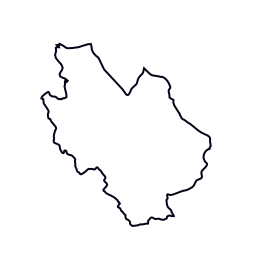 the border of Bago, rotated 167°
{"feature_id": "MMR-3268", "entity_name": "Bago", "entity_type": "Division", "adm_level": 1, "iso_a3": "MMR", "parent_name": "Myanmar", "parent_adm1": "", "projection": "orthographic", "projection_center": [96.396, 18.188], "detail": "fine", "context": "isolated", "style": "outline", "palette": "ink", "viewbox_px": 256, "rotation_deg": 167, "n_neighbors": 0, "source": "natural_earth", "source_scale": "10m", "svg_char_len": 5682}
<svg xmlns="http://www.w3.org/2000/svg" viewBox="0 0 256 256"><g transform="rotate(167 128 128)"><path d="M180.5,183.0L179.7,184.2L179.1,187.0L178.5,188.2L178.3,187.7L177.7,187.1L177.5,186.6L177.1,186.8L176.7,187.1L176.3,187.4L176.1,187.7L176.6,188.2L178.2,190.3L180.6,191.9L182.5,193.5L182.5,196.0L181.0,197.8L179.3,199.3L178.1,201.4L178.6,204.7L181.4,209.8L182.5,212.4L182.6,215.5L182.1,216.6L180.8,219.0L180.3,222.3L179.5,222.8L177.1,222.2L177.3,223.0L177.7,223.6L178.1,224.2L178.6,224.8L177.7,224.8L176.1,224.4L175.2,224.3L175.2,224.9L176.2,225.4L176.6,225.7L175.5,225.3L172.9,223.0L170.5,220.3L170.0,219.9L169.3,219.5L168.4,219.2L164.5,218.5L158.3,217.9L149.0,218.6L145.4,218.3L145.2,216.4L145.5,213.0L145.5,212.0L144.9,209.1L144.0,207.3L142.7,205.2L141.6,203.9L141.1,203.0L140.7,201.9L138.2,190.8L137.6,189.5L124.6,166.9L122.4,161.5L121.9,160.8L121.4,160.4L120.8,160.2L120.0,160.4L119.1,161.1L117.2,163.4L116.3,164.8L115.4,165.6L114.2,166.4L110.1,168.7L109.2,169.7L107.4,173.1L106.2,174.6L103.8,176.5L102.2,177.3L100.8,178.7L98.9,182.6L95.1,176.6L93.6,174.7L91.9,173.6L87.1,171.7L85.9,171.1L84.8,170.5L83.6,170.3L82.4,169.6L81.4,168.7L80.7,167.9L79.3,165.6L78.2,162.6L77.6,159.3L77.7,157.8L78.6,156.9L79.9,155.4L80.2,154.3L80.2,151.2L80.5,149.3L80.6,149.0L80.6,148.4L80.4,147.9L79.1,146.6L77.4,145.2L78.1,142.3L77.8,139.5L75.1,131.7L74.7,131.0L74.4,130.3L74.5,128.7L74.2,128.0L73.9,127.3L73.4,125.4L73.0,124.6L72.6,124.2L71.5,123.4L71.1,123.0L68.0,119.3L66.2,117.8L65.9,117.1L65.2,116.4L64.3,115.2L59.8,109.4L58.6,108.2L57.4,106.9L56.7,106.4L51.8,102.5L50.7,100.9L50.3,99.5L50.6,98.2L51.1,96.5L51.3,93.2L51.6,91.6L52.7,90.7L53.0,89.6L53.2,89.3L53.5,89.2L54.3,89.4L54.6,89.3L56.8,88.3L57.6,87.9L59.2,86.3L60.5,84.1L61.2,81.2L60.5,78.0L59.8,76.7L59.2,76.0L59.1,75.0L59.2,74.6L59.5,74.0L61.3,72.4L64.9,70.1L65.9,69.3L66.4,68.3L66.6,67.7L66.7,67.1L66.8,64.0L68.0,62.5L73.2,61.5L77.0,56.9L79.2,55.7L83.5,54.5L85.0,54.3L89.2,54.4L98.6,53.1L100.7,53.1L101.7,53.2L102.3,53.4L104.2,54.5L104.6,54.3L104.8,54.1L104.9,53.9L105.0,53.7L105.1,53.4L105.1,51.6L105.1,51.1L105.2,50.7L105.3,50.5L105.6,50.1L106.6,49.3L106.7,49.1L106.8,48.7L107.2,46.0L107.2,43.9L107.1,42.7L106.9,42.0L106.5,41.1L104.8,38.8L104.6,38.4L104.5,37.7L104.4,36.4L103.9,34.2L103.2,32.7L103.2,31.9L105.2,32.3L105.9,32.7L106.1,32.8L106.5,33.1L107.0,33.3L107.4,33.4L109.1,33.2L109.8,32.9L110.1,32.5L110.1,31.9L110.2,31.7L110.4,31.5L110.6,31.3L110.8,31.2L111.2,31.0L112.7,30.8L113.1,30.6L113.5,30.6L114.0,30.6L114.8,30.8L115.5,31.1L116.7,31.6L116.9,31.8L117.6,32.2L118.2,32.6L119.0,32.8L122.0,33.2L122.4,33.4L122.5,33.5L123.0,34.1L123.4,34.4L123.8,34.7L124.0,34.8L124.3,35.1L124.5,35.3L125.3,35.5L125.7,35.5L126.1,35.4L126.8,34.9L127.5,34.2L128.9,33.5L129.1,33.2L129.2,32.9L129.4,32.0L129.6,31.5L129.7,31.3L129.9,30.7L130.0,30.5L130.1,30.3L130.4,30.3L130.9,30.6L131.5,30.7L135.6,30.8L136.7,31.1L137.2,31.3L137.6,31.3L138.1,31.3L139.1,31.1L141.0,31.0L145.7,31.5L146.8,32.9L147.1,33.3L147.4,33.9L147.6,34.4L147.4,35.1L147.3,35.6L147.3,36.2L147.4,36.8L148.0,37.7L148.4,38.3L148.9,38.7L149.7,39.3L150.1,39.6L150.3,40.2L150.5,40.9L150.4,42.3L150.1,43.6L150.2,44.0L150.7,44.5L151.1,45.1L151.5,45.8L151.9,47.0L152.3,47.6L152.6,48.1L152.9,48.3L153.1,48.8L153.4,49.7L153.8,51.4L154.2,52.1L154.6,52.5L155.0,52.7L155.4,52.9L155.6,53.3L155.6,53.8L154.3,55.2L153.3,55.8L153.1,56.2L153.0,56.3L153.3,57.5L153.9,57.7L154.1,58.1L154.3,58.8L154.3,59.3L154.6,60.1L155.1,60.8L156.5,62.9L159.3,65.6L161.5,67.3L163.7,69.2L164.0,69.6L164.3,70.0L164.7,71.0L164.9,71.4L165.7,72.0L165.9,72.4L166.0,72.7L165.6,73.7L162.9,75.5L162.0,76.2L161.4,76.9L161.1,77.6L161.2,78.7L162.0,79.9L162.9,81.3L163.1,82.4L161.2,84.6L161.2,85.8L163.1,89.3L164.0,91.9L164.5,93.0L165.7,94.4L165.9,94.8L166.2,95.9L166.5,96.3L166.9,96.6L167.4,96.6L168.2,96.1L168.7,95.7L169.2,95.3L169.6,95.2L170.1,95.1L170.7,95.4L171.7,96.0L172.2,96.2L173.0,96.4L174.1,96.6L175.3,97.0L175.8,96.9L176.6,96.6L180.2,94.6L183.6,93.5L184.3,93.5L184.6,93.7L185.0,94.0L185.2,94.5L185.4,95.1L185.5,95.5L186.4,96.1L186.8,96.5L187.1,97.1L187.3,97.8L187.4,98.6L187.4,99.2L187.4,99.7L187.8,101.5L187.9,103.0L187.3,105.5L187.3,106.0L187.3,106.4L187.3,107.1L187.1,107.6L187.0,108.1L186.5,109.0L186.6,109.8L187.0,110.8L188.0,112.6L188.6,113.4L189.1,114.0L189.9,114.5L191.1,115.0L191.6,115.2L191.9,115.5L193.0,116.6L193.3,117.0L193.3,117.6L193.2,118.7L193.2,119.1L193.5,119.6L193.8,120.0L194.5,120.3L195.0,120.3L195.3,120.0L195.5,119.3L195.7,118.8L196.0,118.5L196.4,118.2L196.9,118.1L197.4,118.4L197.9,119.2L198.5,121.1L198.8,122.4L198.8,124.4L198.7,125.3L198.7,126.5L199.8,127.8L202.6,129.8L203.0,130.2L203.3,130.5L203.4,131.1L203.4,131.8L203.1,132.8L202.5,133.9L202.4,134.4L202.3,134.7L202.2,136.5L202.0,137.1L201.2,139.1L200.9,139.5L200.6,139.8L200.4,140.2L200.1,141.1L199.9,141.5L199.6,141.8L199.0,142.4L198.7,142.8L198.4,143.2L198.1,144.1L198.1,144.6L198.2,145.4L201.4,151.9L201.5,152.4L201.6,153.0L201.6,153.7L201.9,154.3L202.3,154.6L202.8,154.8L203.1,155.0L203.3,155.7L203.4,156.6L203.2,158.2L202.9,159.7L202.7,160.1L201.8,161.3L201.6,161.8L201.7,162.9L202.1,164.5L204.5,170.6L204.4,173.5L204.3,173.9L204.1,174.3L204.1,175.2L205.7,176.2L205.4,177.1L204.4,178.0L203.2,178.9L199.1,180.7L197.7,181.1L197.2,180.8L196.9,179.8L196.9,179.7L196.8,179.4L196.8,179.2L196.8,178.4L196.5,177.5L196.0,177.0L195.0,176.0L194.5,175.7L194.0,175.5L193.3,175.4L192.0,174.9L191.6,174.7L191.3,174.4L189.7,172.3L189.3,171.9L189.0,171.7L188.8,171.7L188.0,171.6L187.0,171.2L186.4,171.0L186.0,171.0L185.7,171.1L185.6,171.3L185.4,171.4L185.1,171.5L184.8,171.6L183.9,171.5L183.1,171.3L182.8,171.3L182.3,171.5L181.7,171.8L181.0,172.0L180.5,174.5L180.5,183.0L180.5,183.0Z" fill="none" stroke="#020617" stroke-width="2"/></g></svg>